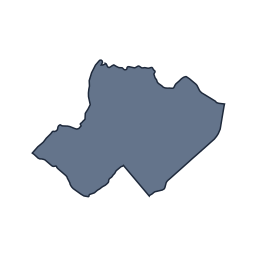 outline of Centre, rotated 49°
{"feature_id": "TGO-89", "entity_name": "Centre", "entity_type": "Region", "adm_level": 1, "iso_a3": "TGO", "parent_name": "Togo", "parent_adm1": "", "projection": "natural_earth1", "projection_center": [0.902, 8.593], "detail": "fine", "context": "isolated", "style": "filled", "palette": "slate", "viewbox_px": 256, "rotation_deg": 49, "n_neighbors": 0, "source": "natural_earth", "source_scale": "10m", "svg_char_len": 2744}
<svg xmlns="http://www.w3.org/2000/svg" viewBox="0 0 256 256"><g transform="rotate(49 128 128)"><path d="M68.8,103.2L70.0,102.6L70.4,100.9L70.6,98.9L71.1,97.3L74.1,96.3L76.4,95.3L78.6,93.0L79.2,92.8L80.9,92.7L81.6,92.5L82.2,92.0L82.7,91.0L82.7,90.3L82.4,89.8L82.0,89.4L81.7,88.9L81.6,88.3L81.8,87.7L82.4,87.0L86.8,83.7L87.1,83.2L87.3,82.5L87.5,81.8L87.6,81.1L87.9,79.7L88.4,79.2L89.0,78.9L90.9,78.4L91.7,78.1L92.8,76.8L93.0,76.4L93.3,75.9L93.7,75.5L96.0,73.7L96.5,73.0L96.9,72.3L97.1,71.7L97.4,71.1L97.7,70.6L98.1,70.2L98.7,70.1L99.5,70.3L100.2,70.4L101.2,70.5L102.6,70.3L103.2,70.6L103.6,71.2L103.8,71.9L104.0,72.5L104.3,73.1L107.7,74.6L108.4,74.7L109.8,74.8L110.5,74.9L112.3,75.7L113.0,75.8L113.7,75.8L114.3,75.8L118.4,74.8L120.4,74.6L121.2,74.2L122.2,73.6L123.7,72.2L125.2,70.4L127.1,68.5L127.5,67.7L127.6,67.0L126.4,64.1L126.1,62.8L126.1,58.1L125.9,55.8L126.0,54.3L126.2,52.8L126.7,51.5L127.0,50.9L127.3,50.5L127.5,50.3L131.2,49.3L139.4,48.0L141.1,48.0L146.5,49.4L147.8,49.5L149.9,49.3L165.0,44.5L166.9,44.5L168.9,43.3L173.2,39.4L173.8,40.3L182.5,50.9L189.3,59.1L191.5,63.6L192.4,66.7L193.0,70.1L193.2,86.0L193.3,99.8L193.5,111.6L193.7,128.5L193.7,132.3L193.9,133.8L194.4,135.2L197.2,139.3L197.7,140.6L197.3,142.8L193.7,149.7L193.6,150.7L193.6,152.9L193.0,156.0L193.3,156.6L153.2,156.0L153.3,156.8L153.2,157.3L152.7,158.4L152.6,159.0L152.5,164.5L152.6,165.3L152.8,165.9L153.5,167.7L153.6,168.4L153.7,170.0L153.9,170.7L154.2,172.0L154.3,172.7L154.1,174.8L154.2,175.5L154.3,176.1L154.6,176.6L155.0,177.1L155.8,177.9L156.1,178.5L156.2,179.1L156.3,179.9L156.3,182.4L156.2,183.1L155.7,185.2L155.5,186.7L155.4,189.1L154.9,191.9L154.9,195.0L154.9,195.8L154.7,196.4L153.2,200.0L153.0,200.5L153.1,201.2L153.3,201.6L153.9,202.4L153.9,202.8L153.8,203.0L153.7,203.1L150.4,205.8L147.1,206.9L137.9,209.1L135.9,209.2L134.1,209.0L132.5,208.6L131.4,208.0L130.5,207.7L125.9,206.6L124.7,206.1L123.1,206.1L112.6,207.6L111.1,207.6L110.5,207.3L110.0,207.2L109.4,207.4L108.3,209.2L107.9,209.6L107.5,209.9L106.4,210.3L97.6,211.6L96.6,212.1L94.9,213.3L94.1,214.1L93.5,214.8L91.8,215.6L86.3,216.2L84.1,216.7L83.0,208.3L83.1,203.5L83.1,201.1L82.1,196.4L81.7,190.4L81.1,187.3L81.6,186.4L82.5,185.7L83.1,184.0L82.9,182.3L82.1,181.2L81.3,180.2L80.8,178.9L81.0,177.3L81.5,176.8L82.4,176.7L83.3,176.2L86.9,172.4L88.7,171.0L93.5,168.5L95.3,167.3L96.1,165.4L95.7,162.2L95.3,161.8L94.0,161.6L93.5,161.1L93.5,160.5L93.6,159.3L93.3,157.4L93.3,156.0L93.1,154.6L88.9,150.6L87.5,145.8L85.6,141.2L78.5,137.3L75.6,134.9L73.0,132.1L71.1,129.6L66.8,126.2L62.4,119.2L59.2,111.3L58.5,106.6L58.3,105.0L59.0,103.8L60.4,103.5L61.7,104.1L62.9,106.9L64.0,105.5L64.7,103.3L64.2,102.8L65.3,102.4L66.3,102.6L67.4,103.0L68.8,103.2Z" fill="#64748b" stroke="#1e293b" stroke-width="1.5"/></g></svg>